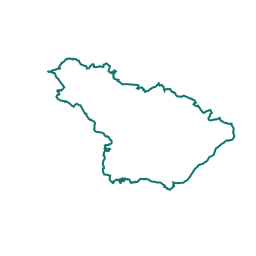 Stoenesti, Vâlcea, Romania, rotated 118°
{"feature_id": "2599482B56016323731525", "entity_name": "Stoenesti", "entity_type": "district", "adm_level": 2, "iso_a3": "ROU", "parent_name": "Romania", "parent_adm1": "Vâlcea", "projection": "mercator", "projection_center": [24.166, 45.143], "detail": "fine", "context": "isolated", "style": "outline", "palette": "teal", "viewbox_px": 256, "rotation_deg": 118, "n_neighbors": 0, "source": "geoboundaries", "source_scale": "gbopen_adm2", "svg_char_len": 5756}
<svg xmlns="http://www.w3.org/2000/svg" viewBox="0 0 256 256"><g transform="rotate(118 128 128)"><path d="M128.7,207.7L128.8,206.7L129.4,206.0L130.1,204.6L131.0,204.6L131.5,205.5L131.9,205.8L133.7,205.9L134.1,205.8L134.5,204.7L135.3,203.9L135.3,201.9L135.5,200.7L135.0,199.7L134.8,198.1L134.2,197.2L134.2,196.6L134.6,195.9L134.4,195.6L133.5,195.3L133.6,192.5L134.0,190.0L134.6,188.2L134.7,186.0L132.3,185.6L130.7,184.8L130.6,184.1L130.8,182.0L130.5,181.0L130.3,180.6L135.5,172.7L135.6,172.4L135.0,171.8L135.2,171.2L136.1,170.8L138.3,167.2L138.4,166.2L138.2,166.1L138.3,165.8L138.7,164.9L138.1,164.4L138.3,163.6L138.2,161.4L138.6,160.6L138.6,160.0L138.9,159.6L140.4,159.0L141.2,159.0L144.1,157.4L145.1,157.4L146.0,156.0L146.3,154.7L146.0,153.9L146.0,153.1L145.2,151.7L144.9,150.5L144.9,150.0L144.5,149.2L144.3,148.0L144.4,146.5L145.4,145.3L145.7,144.3L145.7,142.8L145.0,142.5L145.3,140.0L145.9,139.7L146.5,139.0L146.7,137.7L147.0,136.5L148.7,135.5L149.6,135.6L150.4,136.2L150.8,136.4L151.6,137.3L152.3,137.2L152.8,138.4L153.3,139.0L153.4,139.6L154.4,140.3L155.1,139.4L156.1,139.2L156.2,137.9L156.4,137.6L155.8,136.1L155.6,135.1L154.8,134.3L154.9,134.0L155.9,134.4L156.9,134.1L158.0,135.1L158.2,136.2L157.8,137.3L157.9,138.3L158.5,137.7L159.4,137.5L160.9,137.7L162.1,137.2L163.6,136.8L163.4,136.2L164.0,135.8L164.4,135.1L165.8,134.2L169.0,134.3L171.7,133.3L173.7,131.0L174.7,130.3L175.4,131.0L176.2,130.9L178.4,129.5L180.2,127.2L178.9,123.7L178.8,122.1L178.4,121.5L181.2,120.5L182.2,119.8L183.2,118.0L182.9,116.6L183.8,115.7L182.9,115.0L181.8,115.3L180.9,115.2L179.9,114.3L179.1,114.1L178.8,113.6L178.9,112.3L178.6,111.7L177.5,111.6L176.8,110.4L175.1,109.5L175.0,109.0L176.4,109.5L178.7,110.9L179.1,110.1L179.9,109.4L180.1,109.1L180.0,108.6L179.7,108.6L178.0,109.8L177.2,108.6L177.6,108.3L176.9,106.8L174.7,107.8L174.4,107.2L173.9,106.9L173.9,106.7L174.6,106.1L174.3,105.8L174.1,105.0L173.3,104.5L173.4,104.0L173.0,103.4L172.9,102.7L173.7,101.3L174.4,100.8L174.4,99.8L174.9,99.7L174.7,99.0L174.2,98.7L174.0,98.2L173.5,98.2L173.4,97.8L172.9,97.2L172.9,96.5L171.9,96.2L171.8,95.2L171.3,94.4L170.4,94.3L169.8,94.0L169.3,94.0L168.5,93.5L167.3,93.2L167.0,92.7L166.6,92.6L165.9,89.9L165.4,89.7L165.2,89.0L164.4,88.6L164.4,87.4L164.0,86.3L163.9,85.7L164.2,82.3L163.9,81.1L163.0,79.2L162.4,76.6L161.3,74.6L160.9,73.3L161.6,70.0L161.4,68.6L163.0,68.3L162.6,66.7L162.7,65.3L163.1,65.3L163.1,63.9L162.8,63.3L162.9,61.9L160.4,61.1L157.7,59.9L157.0,60.7L157.2,61.2L156.5,61.5L155.8,61.4L154.9,62.4L154.4,60.4L153.9,59.0L152.8,57.6L152.5,56.7L151.3,55.2L150.3,53.4L148.0,52.4L146.2,51.1L141.0,50.3L139.3,50.4L137.5,50.0L133.4,49.9L129.0,48.3L127.7,48.3L126.3,47.1L124.2,44.8L122.6,44.4L121.6,43.4L119.0,42.6L115.5,42.6L113.6,41.0L111.2,39.7L109.0,40.2L107.8,40.1L106.7,40.6L104.9,40.8L102.6,39.5L101.6,39.3L100.3,38.5L99.7,38.5L98.0,37.7L95.8,36.4L93.0,35.4L92.2,34.0L92.0,32.9L91.1,32.8L90.1,31.1L89.3,30.5L86.3,30.1L85.2,30.4L82.2,33.4L80.6,33.5L78.6,34.7L76.8,37.9L75.5,38.6L75.7,39.0L76.3,39.3L76.6,40.3L77.3,41.6L77.5,42.5L77.2,43.2L77.7,44.1L78.1,45.6L77.8,47.7L78.0,48.2L77.9,49.7L76.9,50.8L76.8,51.3L76.4,51.3L76.0,51.8L78.3,53.2L78.7,53.6L78.9,54.6L79.6,55.1L80.2,56.0L80.5,56.1L80.9,57.0L81.8,57.6L82.1,58.2L82.6,58.7L82.8,60.7L81.0,61.8L78.8,61.2L77.2,61.9L75.2,61.1L73.9,63.5L73.6,63.7L74.2,64.6L76.0,66.1L76.4,66.7L79.0,67.9L79.2,68.9L77.8,72.4L76.6,74.2L75.5,76.6L76.2,76.7L76.4,77.1L76.6,79.6L76.3,81.3L74.8,81.0L73.8,80.0L73.2,81.1L72.3,82.3L72.3,83.5L72.7,84.8L72.6,85.3L72.2,85.6L72.8,86.8L73.1,92.7L73.5,94.3L75.3,95.1L75.5,96.0L76.1,97.0L76.2,97.9L76.9,99.1L76.7,100.5L75.8,102.1L75.0,102.7L74.9,104.2L75.5,104.8L75.4,105.2L75.0,105.5L75.3,106.6L74.7,107.9L73.9,108.8L73.8,109.2L74.3,110.0L74.8,110.4L75.4,112.1L75.9,112.3L76.2,112.9L76.9,113.5L77.9,113.3L76.9,114.5L75.1,115.8L74.9,116.7L74.6,117.1L74.8,118.1L74.2,118.6L75.7,120.1L75.3,120.9L74.5,121.3L74.1,121.8L75.4,122.0L78.5,123.0L79.1,123.4L79.7,124.5L80.4,124.7L81.7,125.8L82.7,126.0L83.6,127.0L85.0,127.2L86.2,127.9L86.5,128.1L87.1,129.3L87.5,129.5L87.3,129.7L87.2,130.4L87.8,130.6L87.3,131.1L87.2,131.6L86.7,132.0L86.9,132.4L86.5,132.4L86.3,132.6L86.6,133.1L85.6,134.4L86.5,136.3L88.7,137.2L88.7,138.0L88.8,138.1L88.7,138.6L87.8,138.0L85.4,138.8L85.7,140.1L89.7,149.4L91.0,151.9L92.0,153.2L91.2,158.3L90.9,158.8L90.6,158.8L91.0,159.4L90.1,159.5L90.7,161.5L90.9,163.7L90.0,164.4L89.6,164.5L89.7,164.9L89.2,165.0L88.1,165.9L87.1,166.3L86.6,166.4L86.3,166.2L86.1,166.4L86.0,166.1L86.3,165.8L85.5,165.6L85.2,166.0L84.8,165.5L84.2,165.6L83.6,165.3L83.4,165.8L83.4,166.5L84.0,166.4L84.0,167.0L84.2,167.3L87.0,168.4L86.6,168.9L87.5,169.9L86.8,172.0L82.7,172.7L81.7,173.1L81.8,174.5L81.0,177.4L82.7,178.4L83.5,179.2L85.6,178.3L86.7,181.3L86.8,181.7L86.6,181.9L87.6,182.7L88.9,184.2L90.0,186.4L90.1,186.9L88.8,187.3L87.9,188.4L88.6,189.2L88.7,189.6L90.5,189.9L91.4,190.4L93.5,190.4L94.7,192.0L94.4,192.1L94.2,192.8L93.0,193.9L93.4,194.6L93.5,195.3L93.5,196.8L93.8,197.7L93.9,199.6L93.5,200.5L92.8,201.3L92.6,201.9L92.1,202.6L91.7,202.9L92.1,204.3L91.9,204.6L92.0,205.5L91.6,206.2L92.3,207.6L92.6,208.9L93.5,209.0L93.6,211.2L94.4,212.3L95.1,213.8L95.6,214.1L95.7,214.5L96.4,214.5L96.8,215.2L98.9,215.5L101.4,216.6L101.5,217.0L102.1,217.1L102.3,217.3L102.7,217.1L103.6,217.1L105.2,217.6L106.0,217.4L106.7,216.8L106.7,217.4L106.9,217.5L107.2,217.3L107.1,216.4L107.7,216.2L107.7,216.6L108.4,217.3L108.7,218.0L110.0,218.9L112.7,221.9L114.9,223.2L115.6,224.8L115.4,225.9L115.7,224.6L114.2,220.9L114.7,219.8L113.9,218.8L115.1,217.1L117.0,215.1L117.1,213.5L117.6,212.3L119.0,209.8L120.1,207.5L120.6,205.9L121.5,204.6L121.7,203.8L122.0,203.4L126.4,204.5L126.6,205.0L126.4,205.4L126.4,205.9L126.7,206.3L127.3,206.3L127.4,207.6L127.8,207.8L128.7,207.7Z" fill="none" stroke="#0f766e" stroke-width="2"/></g></svg>